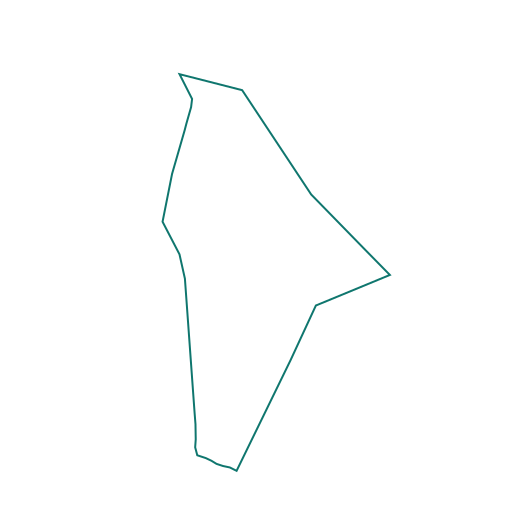 outline of Senador Elói de Souza, Rio Grande do Norte, Brazil, rotated 71°
{"feature_id": "56859067B83045836784130", "entity_name": "Senador Elói de Souza", "entity_type": "district", "adm_level": 2, "iso_a3": "BRA", "parent_name": "Brazil", "parent_adm1": "Rio Grande do Norte", "projection": "natural_earth1", "projection_center": [-35.665, -6.036], "detail": "fine", "context": "isolated", "style": "outline", "palette": "teal", "viewbox_px": 512, "rotation_deg": 71, "n_neighbors": 0, "source": "geoboundaries", "source_scale": "gbopen_adm2", "svg_char_len": 485}
<svg xmlns="http://www.w3.org/2000/svg" viewBox="0 0 512 512"><g transform="rotate(71 256 256)"><path d="M317.5,135.6L285.8,150.7L215.8,183.8L94.7,215.1L59.2,269.1L86.7,265.3L94.1,268.9L108.0,278.6L114.0,282.6L151.0,308.6L193.2,333.2L229.5,327.8L254.3,330.6L384.2,365.1L395.4,368.0L409.8,372.7L417.1,375.8L425.3,376.4L430.7,369.3L435.1,364.8L439.7,361.0L443.8,355.6L447.4,349.6L452.8,344.3L365.7,257.2L322.3,215.5L317.5,135.6Z" fill="none" stroke="#0f766e" stroke-width="2"/></g></svg>